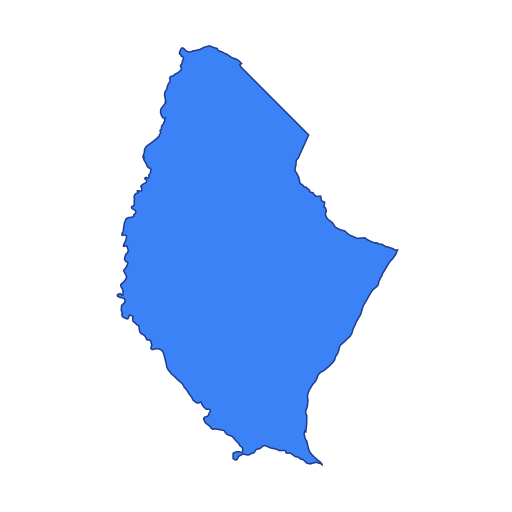 the district of Chitaraque, Boyacá, Colombia, rotated 175°
{"feature_id": "7082276B54324378938324", "entity_name": "Chitaraque", "entity_type": "district", "adm_level": 2, "iso_a3": "COL", "parent_name": "Colombia", "parent_adm1": "Boyacá", "projection": "albers", "projection_center": [-73.416, 5.984], "detail": "fine", "context": "isolated", "style": "filled", "palette": "blue", "viewbox_px": 512, "rotation_deg": 175, "n_neighbors": 0, "source": "geoboundaries", "source_scale": "gbopen_adm2", "svg_char_len": 6060}
<svg xmlns="http://www.w3.org/2000/svg" viewBox="0 0 512 512"><g transform="rotate(175 256 256)"><path d="M321.4,95.0L320.8,94.1L316.2,89.7L315.9,88.5L314.2,87.2L312.2,87.2L311.7,87.4L303.0,84.9L301.9,82.7L300.7,81.2L299.4,80.2L296.0,78.7L295.0,77.8L293.1,75.3L292.4,74.1L289.6,70.7L288.7,68.6L287.5,67.5L286.6,66.4L286.1,65.0L286.2,63.5L286.5,62.6L286.9,61.8L287.8,61.6L290.3,62.6L291.1,62.7L293.7,62.4L295.8,61.6L296.1,60.9L296.5,56.5L296.1,55.8L295.3,55.1L294.0,54.6L293.3,54.6L292.5,55.1L291.1,57.5L290.3,58.1L287.9,59.2L286.1,59.7L284.9,59.6L282.7,58.7L280.6,58.5L277.5,59.7L275.9,60.0L274.9,60.4L273.3,62.6L272.7,63.1L271.8,63.5L270.0,63.6L268.7,63.9L265.6,66.2L264.4,66.3L262.9,66.1L258.6,63.7L251.9,61.5L249.8,60.1L245.6,59.9L244.1,59.6L243.4,59.3L243.3,57.3L242.4,56.9L239.0,56.7L234.4,52.8L233.4,52.5L232.1,52.4L228.8,49.5L226.9,49.2L223.3,45.1L219.6,44.1L218.0,44.8L216.4,44.7L214.4,45.3L209.5,43.4L208.4,42.3L208.4,42.9L210.1,45.3L213.5,48.5L215.9,51.1L217.8,53.4L219.7,56.5L220.4,59.2L221.5,66.2L221.3,66.5L222.9,69.6L223.6,74.3L222.7,77.4L222.0,76.6L221.7,76.4L220.2,84.0L219.3,92.6L219.4,93.2L220.0,94.0L220.2,95.6L219.9,97.4L218.0,101.6L216.8,107.6L216.8,109.5L217.1,111.5L216.8,113.0L215.7,115.7L214.0,118.7L210.8,123.0L207.4,126.3L205.7,129.2L204.8,131.7L202.3,134.2L198.0,136.2L192.5,140.0L188.4,143.6L186.9,145.3L186.4,146.4L186.2,147.6L185.2,149.3L183.9,150.8L182.7,152.8L181.5,155.6L180.7,158.3L179.9,159.6L179.3,160.2L174.4,163.6L172.7,165.2L169.2,167.8L167.1,170.9L165.9,174.3L163.1,179.1L162.3,180.9L159.7,184.8L157.3,187.9L156.2,190.1L153.6,197.0L150.3,201.4L145.4,208.7L143.0,211.6L142.0,212.6L138.3,215.0L136.9,216.5L135.9,219.7L134.0,223.1L132.3,225.4L131.8,226.9L123.3,238.6L120.3,241.2L117.1,244.9L116.3,246.0L115.2,248.5L114.4,249.6L116.6,249.8L120.0,251.9L121.3,252.3L122.9,253.2L126.1,254.2L129.7,256.8L133.0,257.2L133.9,258.5L136.8,258.8L139.8,260.2L143.5,262.5L146.2,264.7L153.6,264.7L161.7,269.1L165.3,273.2L170.2,275.0L174.7,278.0L176.7,282.2L181.8,287.0L183.1,290.4L183.1,292.4L182.1,294.4L182.5,297.7L183.7,298.7L183.6,300.7L182.9,303.6L186.0,305.4L186.4,310.0L190.8,310.1L193.2,312.7L193.7,314.1L195.7,314.6L196.9,315.5L197.1,317.1L198.9,318.9L200.1,320.1L202.0,320.7L203.8,323.2L205.7,324.2L206.6,330.9L208.5,335.4L209.7,337.4L209.3,340.3L208.2,343.3L208.1,344.9L207.4,348.3L205.6,349.6L193.0,372.0L254.3,445.3L255.6,447.9L253.6,449.0L256.0,451.9L258.1,453.6L262.9,455.8L268.0,460.0L269.2,460.3L272.3,462.4L275.1,463.6L276.0,464.5L276.6,466.0L277.0,466.3L280.7,467.6L283.4,469.2L284.2,469.4L289.7,468.4L293.9,466.6L295.6,466.5L297.3,466.0L300.8,465.9L302.9,465.1L304.0,465.0L306.1,465.4L307.6,466.4L310.2,469.3L311.2,469.7L312.1,469.5L314.5,465.8L314.5,464.1L314.2,463.5L313.3,463.1L313.1,461.7L311.7,461.0L310.9,459.6L311.1,458.7L311.6,457.7L312.2,457.2L313.1,453.9L314.6,452.4L314.7,451.7L314.0,449.7L313.9,448.7L314.7,447.7L317.3,445.6L321.3,444.0L323.0,442.4L324.7,442.5L325.6,442.2L326.3,441.1L326.7,440.2L326.3,439.7L326.1,438.9L326.6,437.2L328.3,435.1L329.2,433.4L329.9,431.4L331.0,429.0L332.2,427.8L332.7,426.4L333.0,425.0L333.0,422.7L332.4,422.0L332.9,421.0L332.4,418.0L333.1,417.3L332.6,416.8L332.7,416.5L337.4,411.4L338.1,410.3L338.3,409.5L338.6,407.4L338.4,406.0L338.0,404.4L337.1,402.3L336.7,401.8L334.2,401.4L335.3,400.0L335.0,398.3L336.1,397.4L336.8,395.6L338.3,394.1L338.8,393.3L339.2,390.6L340.6,389.5L340.7,389.2L340.2,387.0L341.6,385.1L342.3,383.7L344.6,381.8L349.1,378.7L354.9,375.3L356.4,374.0L357.4,372.5L357.8,371.5L358.2,369.0L359.9,365.0L359.9,363.9L359.2,364.1L358.7,364.0L359.2,363.1L359.3,361.6L357.4,357.7L356.5,354.7L355.8,353.6L353.6,352.3L353.1,351.6L353.5,349.1L354.8,346.8L355.8,345.9L355.7,344.3L355.9,343.6L356.6,343.2L357.5,343.4L358.5,343.9L359.7,343.5L360.0,342.6L359.6,342.1L359.0,341.9L358.6,341.2L358.5,340.3L358.7,339.2L360.2,338.1L361.9,337.6L363.4,336.7L364.6,335.7L364.7,334.9L363.8,333.8L363.7,333.1L364.5,330.9L365.3,330.7L367.5,331.3L368.5,331.3L368.6,330.9L368.0,329.4L369.9,328.8L371.5,327.6L372.3,325.6L372.2,323.0L372.7,320.4L372.7,318.4L373.0,317.5L374.1,316.4L375.5,316.1L375.8,315.0L375.6,314.5L374.8,313.7L372.4,312.0L371.8,310.6L372.0,309.7L373.1,308.4L373.9,307.9L374.3,307.4L374.3,306.3L375.1,305.7L375.9,305.5L379.5,305.4L381.3,304.9L382.2,304.3L384.2,300.4L385.7,294.6L386.1,291.8L387.2,290.7L387.8,289.0L387.6,288.3L387.1,288.1L386.7,288.6L386.2,288.6L383.9,287.9L383.3,287.3L383.5,285.3L384.1,283.7L385.2,281.4L386.9,278.8L387.1,277.2L386.7,277.0L384.9,277.6L384.1,277.5L383.8,277.2L383.6,275.9L383.1,274.7L382.8,273.1L383.3,271.2L383.9,270.3L385.5,269.1L387.2,265.1L387.2,264.2L386.5,262.4L385.9,261.7L384.9,261.3L384.3,260.6L384.2,260.1L384.6,259.0L386.7,255.6L389.0,253.4L389.0,252.6L388.8,251.9L386.8,247.1L386.7,246.4L387.1,245.4L388.7,243.1L391.6,240.5L392.8,239.9L393.3,238.9L393.1,237.0L392.0,234.8L391.6,232.9L391.7,231.8L391.6,230.7L391.9,228.8L392.2,228.5L392.7,228.6L394.3,230.3L394.8,230.4L397.3,229.6L397.6,229.1L397.3,227.9L396.5,227.3L395.4,226.7L393.0,226.0L391.2,225.2L390.7,224.6L390.3,223.1L390.6,221.7L391.2,220.9L394.2,218.5L395.0,213.8L394.5,211.7L394.0,210.8L394.7,209.6L394.8,208.4L394.4,207.6L393.3,206.3L389.7,204.5L389.1,204.6L388.7,205.1L388.1,206.3L387.7,207.6L387.3,208.0L386.5,208.0L385.5,207.5L384.2,206.9L383.8,206.5L383.8,206.2L384.3,204.6L384.3,202.2L383.6,201.0L382.2,199.8L380.8,198.0L379.1,196.9L378.7,195.4L378.7,192.8L378.3,190.4L377.3,188.8L374.5,186.9L373.6,185.8L373.0,184.8L372.4,182.7L371.8,181.9L369.3,181.5L368.2,180.4L368.1,178.7L367.5,176.9L368.5,174.0L368.8,173.6L368.8,172.9L367.8,172.0L367.4,171.8L362.9,172.4L360.2,171.6L358.9,170.8L357.7,169.5L356.9,168.3L356.3,165.7L355.0,157.8L354.4,152.8L353.6,150.6L350.4,145.8L347.7,143.1L345.5,140.3L340.6,135.3L339.6,133.5L339.0,131.7L336.9,128.9L334.5,124.2L332.8,121.6L331.1,117.7L328.4,115.2L326.8,114.5L323.3,115.4L322.7,112.6L321.3,110.3L319.6,108.3L319.0,107.7L316.0,107.4L315.1,106.6L315.0,106.1L315.2,105.4L317.7,101.0L318.0,100.7L321.2,99.9L322.4,98.7L322.3,97.7L321.6,96.0L321.4,95.0Z" fill="#3b82f6" stroke="#1e3a8a" stroke-width="1.5"/></g></svg>